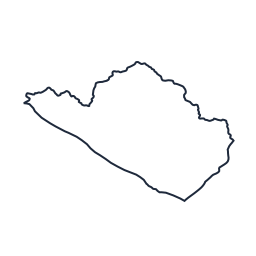 Thongmyxay, Xaignabouri, Laos (Equal Earth projection), rotated 96°
{"feature_id": "54806243B9837596905038", "entity_name": "Thongmyxay", "entity_type": "district", "adm_level": 2, "iso_a3": "LAO", "parent_name": "Laos", "parent_adm1": "Xaignabouri", "projection": "equal_earth", "projection_center": [101.179, 18.423], "detail": "fine", "context": "isolated", "style": "outline", "palette": "slate", "viewbox_px": 256, "rotation_deg": 96, "n_neighbors": 0, "source": "geoboundaries", "source_scale": "gbopen_adm2", "svg_char_len": 4572}
<svg xmlns="http://www.w3.org/2000/svg" viewBox="0 0 256 256"><g transform="rotate(96 128 128)"><path d="M194.6,64.2L193.1,62.9L191.0,60.8L188.1,57.6L186.1,55.4L183.8,53.0L181.6,50.8L179.4,48.8L177.6,47.5L176.6,46.9L175.3,46.2L173.9,45.7L173.4,45.6L171.5,43.7L168.2,40.7L167.0,39.8L165.6,38.4L164.6,36.6L163.9,35.3L162.5,33.5L161.3,32.8L160.2,32.9L158.7,33.2L157.7,32.9L156.8,31.7L155.2,29.7L154.1,28.3L152.5,26.5L150.8,25.3L148.7,24.8L146.9,24.9L145.0,25.4L142.5,25.9L140.4,26.2L139.1,26.6L136.9,25.9L135.4,25.4L133.2,24.1L132.3,23.4L131.0,22.6L129.6,21.7L128.6,22.6L127.4,25.0L127.0,25.3L126.2,25.4L125.1,25.0L124.5,25.1L123.9,25.6L123.4,26.9L122.7,27.6L121.5,27.9L120.6,27.9L119.8,27.9L118.5,28.2L116.3,29.5L115.7,29.6L114.6,29.2L114.1,29.4L112.6,30.5L110.8,31.0L110.5,31.3L110.0,32.8L109.8,34.4L109.9,35.0L110.6,35.7L110.8,36.2L110.5,39.4L109.9,41.8L109.7,43.0L109.7,43.4L110.7,43.9L112.1,46.6L112.4,47.7L112.3,48.5L111.8,50.3L111.8,51.6L111.6,52.4L110.7,53.4L110.6,54.2L110.9,56.1L111.1,57.1L111.1,57.5L110.8,58.2L110.1,58.5L109.2,58.2L108.2,57.7L107.6,57.7L107.1,58.0L106.8,58.6L106.5,59.1L105.9,59.3L105.1,59.0L104.4,59.2L103.1,60.1L102.3,60.3L102.0,60.0L101.3,59.9L98.3,61.1L97.9,61.6L97.7,62.4L97.9,63.5L98.4,64.5L98.3,65.3L98.1,66.2L96.3,68.3L95.7,68.9L95.5,69.4L95.1,70.8L94.3,73.5L94.0,73.9L92.9,74.3L92.2,74.8L91.7,75.3L90.1,75.6L89.1,75.6L87.9,74.8L87.1,74.3L85.9,74.3L84.9,74.6L83.6,75.2L81.3,77.2L80.8,78.0L80.2,79.9L79.4,82.7L79.1,84.1L79.0,85.1L79.1,86.3L78.7,87.0L77.3,87.9L76.7,88.1L76.4,88.6L76.2,90.2L76.3,92.9L77.1,95.8L77.1,97.0L77.0,98.3L76.4,99.2L75.3,99.8L73.7,100.4L73.1,100.9L72.1,102.9L71.4,104.1L70.8,105.0L69.9,105.5L69.3,106.7L68.9,107.5L67.5,108.2L67.2,108.7L66.9,109.7L66.8,110.4L65.5,111.4L65.3,111.7L65.1,112.6L64.9,113.4L64.5,113.8L63.9,114.7L63.2,116.4L62.7,117.0L62.2,117.5L62.0,118.1L62.2,119.0L62.8,120.5L62.9,121.1L62.8,121.9L61.8,124.0L61.4,124.8L61.4,125.9L61.8,126.9L62.3,127.3L63.2,127.5L64.2,128.4L65.6,130.4L66.7,132.1L67.6,133.9L68.0,134.6L68.7,135.1L70.2,135.3L71.1,135.9L71.7,137.1L72.4,139.2L73.3,141.0L73.3,141.7L73.2,142.2L72.8,143.2L72.8,143.8L73.1,145.2L73.2,145.6L73.0,146.6L73.0,147.7L73.2,148.4L73.7,148.9L74.4,149.2L75.7,149.1L76.6,148.7L77.3,148.8L78.0,149.6L78.8,150.9L79.6,151.9L80.6,152.1L81.6,152.2L82.3,152.7L82.7,153.6L83.2,153.9L84.1,156.6L84.8,158.2L85.3,161.2L85.9,163.1L86.9,164.6L88.5,164.8L90.2,164.9L92.1,165.8L94.2,166.3L97.9,166.4L98.7,166.4L99.2,165.8L99.7,165.4L100.6,165.4L101.8,166.1L102.8,167.1L103.3,167.2L103.9,167.0L104.4,166.5L105.2,166.6L105.8,167.0L106.6,167.5L108.2,168.7L109.2,168.9L110.1,168.9L110.3,169.3L110.2,170.2L109.9,170.9L109.8,172.1L110.1,173.3L110.2,174.0L110.1,174.4L110.0,175.0L109.6,176.0L109.4,176.4L109.1,176.6L108.6,176.9L108.3,177.0L108.1,177.4L107.9,178.2L107.7,178.6L107.4,179.3L107.2,179.6L106.8,179.6L106.1,179.5L105.6,179.5L105.3,179.7L105.1,180.0L104.7,180.8L104.3,181.8L104.0,182.9L103.9,183.2L103.2,183.8L102.8,184.0L102.2,184.8L101.9,185.3L101.9,185.7L101.9,186.3L102.1,186.7L102.4,187.1L102.5,187.4L102.4,187.7L102.0,188.1L101.3,188.7L100.2,189.3L99.4,189.8L99.1,190.0L98.7,190.4L98.2,191.2L97.8,192.1L97.7,192.5L97.7,192.9L97.8,193.2L98.1,193.7L98.6,194.2L99.2,194.9L99.9,196.3L100.5,197.7L100.6,198.2L100.8,198.5L101.3,198.6L101.8,198.6L102.1,198.7L102.5,199.3L103.1,200.5L103.1,201.2L103.0,201.5L102.7,201.9L102.0,202.6L101.4,203.5L100.9,204.1L100.1,204.7L99.7,205.0L98.8,205.8L98.5,206.1L98.2,207.2L97.9,208.3L97.6,208.6L97.3,208.8L96.6,209.6L96.2,210.4L96.1,210.7L96.2,211.2L96.3,211.6L96.8,212.3L97.9,213.0L98.8,213.8L100.9,216.5L101.4,217.3L102.0,218.4L102.1,218.7L102.0,219.5L102.0,220.1L102.0,220.5L102.7,222.0L102.9,222.3L103.0,222.7L103.0,223.5L103.0,223.8L103.2,224.2L104.1,224.5L104.4,224.7L104.5,225.0L104.6,226.0L104.6,226.5L104.4,227.1L104.3,227.7L104.2,228.7L104.1,229.8L104.0,230.8L103.9,231.4L104.1,231.9L104.4,232.2L104.9,232.4L106.0,232.6L106.5,232.6L106.8,232.5L107.2,232.3L107.9,231.1L108.7,229.2L109.0,228.9L109.3,228.8L110.5,229.1L111.2,229.7L112.6,232.0L114.0,233.9L114.2,234.3L114.2,231.0L114.6,228.5L118.2,224.2L121.1,222.3L126.8,215.0L131.4,206.0L134.0,200.2L137.9,190.4L139.0,186.7L142.1,178.1L144.9,172.8L148.4,167.1L152.1,163.2L155.5,158.3L158.0,153.0L161.2,146.9L164.4,141.4L167.4,134.4L170.2,127.1L172.0,120.5L173.5,115.0L175.5,110.9L177.9,106.9L181.7,103.7L181.9,103.1L182.6,102.3L182.9,102.1L183.4,101.4L183.7,100.8L184.2,99.1L184.8,98.0L185.6,97.1L185.9,96.4L185.9,94.5L186.0,93.7L187.5,92.0L188.6,90.0L188.4,87.7L188.4,83.5L190.3,75.9L192.7,68.5L194.6,64.2Z" fill="none" stroke="#1e293b" stroke-width="2"/></g></svg>